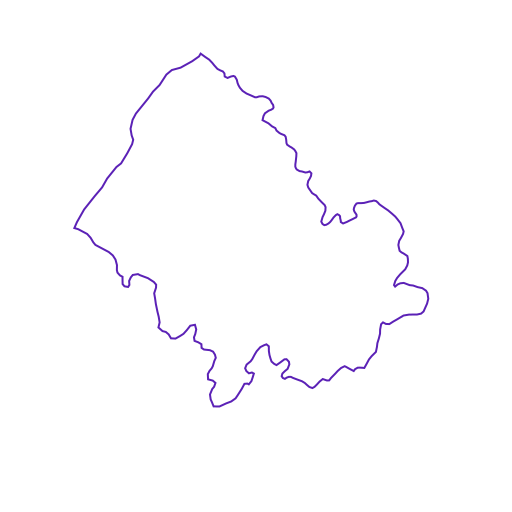 outline of Ivanava, Brest, Belarus, rotated 118°
{"feature_id": "67162791B27498157405440", "entity_name": "Ivanava", "entity_type": "district", "adm_level": 2, "iso_a3": "BLR", "parent_name": "Belarus", "parent_adm1": "Brest", "projection": "equal_earth", "projection_center": [25.563, 52.191], "detail": "fine", "context": "isolated", "style": "outline", "palette": "violet", "viewbox_px": 512, "rotation_deg": 118, "n_neighbors": 0, "source": "geoboundaries", "source_scale": "gbopen_adm2", "svg_char_len": 4341}
<svg xmlns="http://www.w3.org/2000/svg" viewBox="0 0 512 512"><g transform="rotate(118 256 256)"><path d="M311.7,115.7L309.4,115.4L306.9,113.8L305.8,111.9L304.8,109.7L304.0,107.8L298.9,107.7L294.3,107.7L290.2,106.9L284.4,105.1L279.6,106.5L276.0,107.9L271.2,108.8L266.4,110.0L262.6,111.9L257.5,113.5L255.0,112.7L255.0,109.4L253.5,106.3L249.4,104.0L245.6,101.6L239.3,97.8L236.0,93.5L233.7,89.4L232.2,86.5L229.4,83.2L226.3,82.0L217.7,82.6L214.1,83.5L212.9,83.8L208.3,87.1L206.8,89.6L206.3,94.1L207.6,98.7L208.3,103.4L209.6,106.7L210.4,112.9L212.4,115.8L214.7,117.6L217.7,118.8L216.9,120.5L212.6,121.3L209.1,121.1L204.5,120.1L197.7,118.0L193.4,118.0L190.3,118.8L187.3,120.5L185.0,122.3L184.9,122.8L184.5,126.9L184.5,129.3L184.0,131.6L181.4,133.9L179.4,135.5L175.3,136.7L172.0,136.5L167.5,136.5L164.9,137.2L162.4,140.2L159.2,143.8L156.9,148.9L155.8,151.6L154.8,155.7L153.7,160.8L153.3,164.6L152.7,169.4L152.4,171.4L151.6,173.5L151.1,175.7L151.7,178.0L153.2,179.5L154.7,181.5L156.5,183.4L158.4,185.5L160.1,188.2L161.4,190.7L162.5,191.9L165.1,192.3L167.7,192.0L169.1,191.5L170.4,190.2L171.2,188.9L171.7,187.8L172.4,186.6L173.8,185.8L174.9,185.8L178.3,188.2L181.0,190.2L183.2,191.7L186.4,194.4L186.2,197.0L184.7,198.0L183.3,199.3L181.4,200.5L180.9,201.8L180.9,203.8L182.4,204.7L185.5,205.6L189.2,206.1L191.2,206.5L193.3,207.3L195.5,208.7L196.7,210.2L196.5,212.3L195.0,214.5L190.4,215.5L187.2,215.6L183.5,216.0L180.2,217.5L178.8,219.3L177.6,223.4L176.1,227.9L174.4,231.2L174.3,233.8L174.1,236.0L171.0,242.0L169.0,244.0L165.3,245.1L162.4,244.9L159.5,245.0L157.0,245.9L156.2,248.4L158.0,250.0L159.1,251.6L159.8,255.1L160.6,257.4L160.5,260.5L159.9,261.8L158.7,263.2L156.6,264.3L154.1,265.2L149.1,267.2L146.2,268.6L144.9,270.5L144.0,272.3L143.5,275.6L143.5,277.5L143.1,280.8L142.0,282.1L139.2,283.9L136.8,285.8L136.0,287.6L136.4,291.0L136.4,293.1L135.6,296.8L134.0,299.0L134.0,302.7L133.0,307.3L133.0,312.4L133.0,314.0L128.9,315.1L125.8,315.1L121.7,313.0L119.6,311.2L117.8,310.2L116.5,310.3L114.6,311.8L113.4,314.2L112.0,316.0L111.0,318.6L111.1,322.2L111.8,325.1L113.6,328.1L115.5,329.9L116.3,331.3L116.6,335.7L117.0,340.7L116.5,345.4L115.0,349.2L113.5,351.6L111.9,353.5L109.4,355.7L107.5,358.8L107.6,360.4L109.3,362.4L112.2,364.8L112.2,367.9L109.6,369.6L108.6,371.9L108.9,374.7L108.9,377.9L107.3,382.3L106.0,385.3L104.6,389.5L104.1,394.3L103.3,399.9L106.5,400.0L114.0,403.8L125.1,411.0L131.3,417.6L137.9,420.3L150.3,421.4L159.2,424.1L167.6,425.2L186.6,428.9L193.7,428.9L202.6,426.5L207.9,422.4L211.0,419.0L215.4,417.9L225.6,417.9L237.6,418.6L242.9,421.0L257.5,423.8L267.7,424.1L278.8,426.5L295.6,429.6L310.2,430.0L316.6,429.5L315.8,425.6L315.8,419.6L315.8,415.4L317.6,410.5L320.3,406.1L321.6,403.0L321.6,398.7L321.6,393.1L321.6,387.9L322.7,382.7L325.1,378.4L329.3,374.5L333.8,372.2L335.7,370.5L337.0,367.0L337.0,364.1L340.0,362.5L343.4,360.6L344.5,357.9L343.4,354.4L341.0,354.2L337.6,356.3L333.6,356.5L330.6,355.9L327.4,351.7L327.4,349.5L326.3,341.0L326.9,334.0L328.2,330.7L330.9,329.4L336.7,328.4L340.7,325.3L345.5,321.8L351.4,316.9L355.3,313.4L359.9,309.9L364.9,308.6L366.2,303.3L365.4,300.0L366.2,296.3L368.6,292.4L366.7,288.3L362.5,285.6L358.8,283.5L354.0,282.3L348.4,281.3L345.4,277.6L348.9,274.3L353.4,273.0L356.9,272.6L359.8,270.4L359.3,266.5L359.5,262.8L362.7,260.9L363.0,258.0L360.8,252.5L360.6,249.0L362.4,245.9L364.8,243.7L368.3,243.5L373.6,242.4L376.0,242.4L379.2,243.1L382.9,243.1L387.4,240.4L386.3,235.7L387.1,232.2L391.1,231.6L394.0,232.2L399.9,231.6L403.9,228.7L406.0,226.0L408.7,222.8L406.0,217.6L400.1,213.1L396.1,209.6L391.3,207.2L387.6,206.8L379.9,206.2L374.3,206.2L372.7,203.7L372.7,202.1L368.7,201.3L365.0,201.9L360.8,202.7L360.8,204.9L362.9,207.2L362.1,210.5L360.2,212.9L356.3,213.3L351.5,211.3L348.8,210.9L343.5,210.9L339.8,210.7L334.4,209.4L331.0,207.0L329.1,205.3L329.7,202.3L333.9,200.0L337.1,197.6L339.7,195.1L341.9,192.7L342.7,189.4L342.7,186.7L338.4,184.5L333.9,182.4L332.8,180.6L333.9,177.3L336.0,175.7L340.8,175.1L344.2,176.5L347.4,177.5L350.1,176.9L351.1,175.0L350.9,172.8L349.0,171.8L347.3,170.3L346.3,168.3L346.3,166.3L345.8,162.3L345.0,156.6L345.2,153.3L345.9,150.6L346.6,147.4L346.1,144.2L344.1,142.9L340.9,141.9L337.0,140.9L333.3,139.3L332.6,134.9L331.5,133.0L328.5,132.5L322.7,130.8L319.2,129.9L314.9,128.3L311.7,126.0L311.6,124.6L311.7,120.9L311.7,115.7Z" fill="none" stroke="#5b21b6" stroke-width="2"/></g></svg>